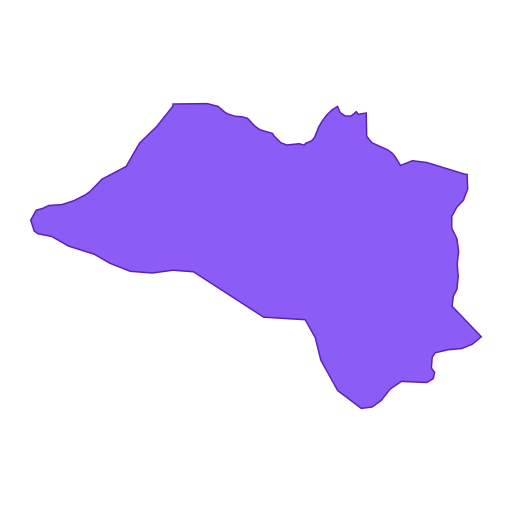 Ordu, Robinson projection
{"feature_id": "TUR-2293", "entity_name": "Ordu", "entity_type": "Province", "adm_level": 1, "iso_a3": "TUR", "parent_name": "Turkey", "parent_adm1": "", "projection": "robinson", "projection_center": [37.565, 40.74], "detail": "fine", "context": "isolated", "style": "filled", "palette": "violet", "viewbox_px": 512, "rotation_deg": 0, "n_neighbors": 0, "source": "natural_earth", "source_scale": "10m", "svg_char_len": 1295}
<svg xmlns="http://www.w3.org/2000/svg" viewBox="0 0 512 512"><path d="M173.0,104.0L207.2,103.6L218.1,106.4L225.2,112.5L228.6,114.3L235.0,116.2L242.2,116.8L247.5,118.3L254.8,126.1L260.1,129.8L272.6,133.5L273.7,135.6L280.9,142.8L287.0,145.0L299.2,143.7L304.1,145.1L305.9,143.1L310.2,141.5L312.5,140.0L314.7,137.0L318.7,127.0L322.3,120.9L326.9,114.9L332.1,109.8L337.5,106.4L340.1,112.5L345.2,116.0L351.1,116.0L356.3,111.7L358.3,114.3L366.2,113.0L366.7,136.4L372.0,142.8L387.8,150.0L392.0,153.0L395.1,156.7L400.5,165.5L412.4,160.7L426.8,162.5L463.7,173.9L467.3,174.5L467.1,175.9L467.7,188.9L463.4,200.2L456.8,207.2L451.8,216.3L451.7,228.1L456.9,238.8L458.6,251.4L457.2,264.2L458.2,276.7L456.9,289.2L453.3,296.3L452.1,306.3L481.3,336.8L472.3,344.2L461.9,348.5L447.8,349.8L435.3,352.7L432.2,357.2L431.4,368.1L434.6,372.3L433.3,378.6L426.8,382.5L401.4,381.4L390.3,388.9L381.1,400.6L372.0,407.0L361.3,408.4L337.7,390.6L320.8,360.1L315.3,337.7L305.2,319.7L263.7,317.2L193.5,271.8L173.0,270.2L152.2,273.0L130.3,271.3L110.0,263.3L94.2,254.2L68.7,246.2L51.8,236.5L38.0,233.8L34.2,231.0L30.7,220.1L36.2,210.2L42.7,208.4L48.7,205.5L61.8,204.6L73.9,200.7L85.4,194.8L89.9,191.6L102.1,179.1L126.2,166.4L139.5,143.2L156.7,126.5L172.9,106.2L173.0,104.0Z" fill="#8b5cf6" stroke="#5b21b6" stroke-width="1.5"/></svg>